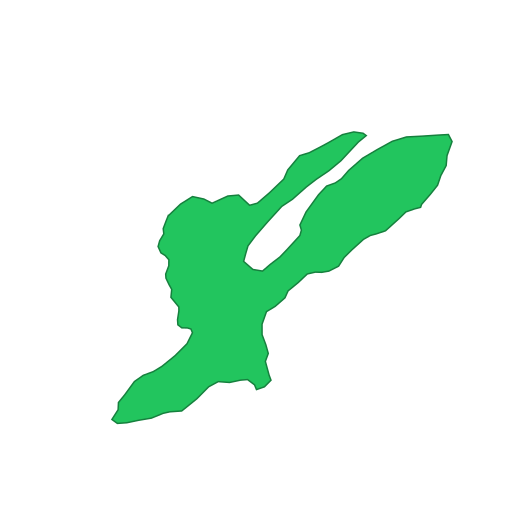 Norrköping, Östergötland, Sweden, rotated 311°
{"feature_id": "70781695B31876776123918", "entity_name": "Norrköping", "entity_type": "district", "adm_level": 2, "iso_a3": "SWE", "parent_name": "Sweden", "parent_adm1": "Östergötland", "projection": "natural_earth1", "projection_center": [16.286, 58.655], "detail": "fine", "context": "isolated", "style": "filled", "palette": "green", "viewbox_px": 512, "rotation_deg": 311, "n_neighbors": 0, "source": "geoboundaries", "source_scale": "gbopen_adm2", "svg_char_len": 1814}
<svg xmlns="http://www.w3.org/2000/svg" viewBox="0 0 512 512"><g transform="rotate(311 256 256)"><path d="M172.1,348.8L174.7,344.0L182.6,332.2L190.5,329.2L195.5,321.6L200.6,312.2L208.5,305.3L220.9,300.4L230.5,303.5L243.4,305.3L250.7,303.1L263.7,305.3L276.1,306.5L282.8,311.4L286.8,316.3L292.4,320.9L302.5,325.0L312.7,323.5L323.4,324.3L339.1,326.2L346.5,328.8L351.5,332.2L360.0,337.2L378.0,339.4L387.6,340.2L395.5,344.7L400.7,348.3L403.6,347.1L416.8,347.1L428.5,346.6L438.0,342.7L449.0,340.2L457.1,334.3L471.0,328.9L473.9,321.5L467.2,314.6L455.5,302.8L444.5,291.4L432.0,283.6L415.9,277.7L399.7,272.3L381.4,269.8L370.4,269.8L363.1,267.9L355.1,263.4L343.3,263.0L322.1,264.9L308.2,268.8L305.3,273.3L300.2,275.7L281.1,275.2L270.9,274.7L259.2,272.3L248.9,270.8L243.8,262.5L243.8,250.2L251.8,246.3L258.4,243.3L270.9,242.4L289.2,242.4L310.4,242.9L322.8,246.3L341.1,248.7L353.6,251.2L368.2,255.1L383.6,257.6L409.2,258.5L419.2,260.2L418.9,256.3L413.8,248.4L404.3,241.6L389.1,236.3L380.1,232.9L368.8,228.4L360.4,223.1L341.8,223.5L332.3,226.5L312.6,224.7L296.8,222.4L290.1,217.9L290.6,202.9L282.8,195.4L267.0,188.2L264.8,179.3L262.4,174.9L259.2,169.1L245.7,165.0L229.4,163.5L229.2,163.2L223.4,165.2L215.8,168.0L212.2,171.9L204.3,173.3L198.9,175.9L196.0,182.2L196.8,187.2L196.0,192.7L191.4,196.6L183.1,199.7L180.2,202.6L177.3,209.3L175.5,214.3L169.0,218.9L166.9,231.2L164.0,233.8L156.4,238.6L152.8,242.2L153.1,247.1L156.7,251.4L158.2,254.8L156.4,258.4L144.5,261.5L127.6,260.3L111.0,257.4L101.3,254.3L92.0,249.2L81.5,246.6L65.0,248.0L55.2,248.3L49.5,252.8L38.1,254.5L38.7,261.2L45.4,267.9L54.9,275.1L65.0,283.4L76.3,289.1L81.9,293.2L90.3,301.6L109.4,305.0L126.3,306.1L136.4,309.9L143.2,319.0L152.2,325.8L157.2,330.7L157.8,339.4L155.5,344.0L162.8,348.2L172.1,348.8Z" fill="#22c55e" stroke="#15803d" stroke-width="1.5"/></g></svg>